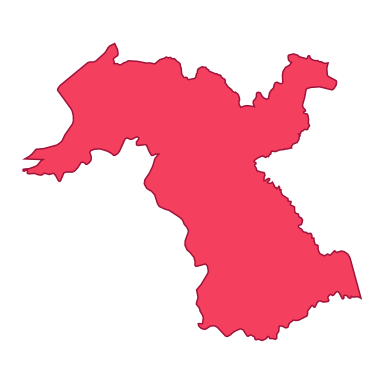 outline of Nova Olinda do Norte, Amazonas, Brazil
{"feature_id": "56859067B30922595397513", "entity_name": "Nova Olinda do Norte", "entity_type": "district", "adm_level": 2, "iso_a3": "BRA", "parent_name": "Brazil", "parent_adm1": "Amazonas", "projection": "albers", "projection_center": [-58.585, -4.027], "detail": "fine", "context": "isolated", "style": "filled", "palette": "rose", "viewbox_px": 384, "rotation_deg": 0, "n_neighbors": 0, "source": "geoboundaries", "source_scale": "gbopen_adm2", "svg_char_len": 5919}
<svg xmlns="http://www.w3.org/2000/svg" viewBox="0 0 384 384"><path d="M24.8,158.9L42.9,159.6L41.1,160.7L37.7,164.9L35.7,166.3L29.1,168.7L23.9,169.1L23.0,169.6L23.2,170.9L24.1,171.3L26.4,170.1L27.4,170.1L27.4,173.4L28.7,173.8L34.5,173.4L38.5,174.8L40.9,175.1L42.0,174.9L43.9,173.4L45.3,173.4L49.2,174.5L53.2,173.4L54.4,173.9L56.2,176.5L58.6,181.0L59.8,181.4L60.6,180.6L63.9,172.8L66.4,172.0L72.2,172.1L74.5,171.1L77.7,167.8L80.8,162.8L82.2,162.1L84.5,162.8L85.9,164.3L86.9,164.3L89.1,162.8L90.8,160.6L91.3,158.6L91.0,155.7L89.7,152.4L90.7,150.6L94.6,149.2L100.2,148.9L107.3,151.1L111.5,153.4L113.6,155.3L115.1,155.3L117.6,153.6L119.4,151.4L125.0,139.1L126.9,137.8L130.0,139.2L131.3,139.3L132.7,138.9L136.0,137.1L137.3,136.9L138.5,137.6L138.7,139.1L136.4,142.0L136.5,144.8L137.4,145.4L138.8,145.4L145.1,144.6L146.5,145.1L149.2,151.5L151.4,155.3L152.4,155.5L156.0,154.1L158.7,154.1L155.0,158.5L152.7,166.3L151.0,169.8L149.4,173.1L144.9,179.7L144.3,183.3L144.6,184.6L146.7,188.3L149.8,190.4L151.2,190.9L154.6,194.7L157.6,203.8L159.3,206.5L164.4,208.9L169.2,210.4L179.9,217.4L182.5,219.9L184.3,224.3L187.0,227.4L188.4,230.5L188.3,232.2L185.2,240.7L185.0,245.3L187.2,250.0L190.0,252.4L193.8,257.1L195.1,261.4L195.0,265.2L195.7,266.2L197.0,266.2L205.3,264.0L206.5,264.8L207.5,266.5L208.3,270.8L207.9,273.2L201.3,284.3L196.6,289.8L198.1,297.6L196.5,302.8L196.4,304.3L199.3,307.9L200.3,311.6L202.3,314.7L203.3,317.4L202.7,323.0L202.0,324.0L199.6,323.5L198.2,323.8L198.8,326.1L201.2,328.3L203.6,329.2L205.6,329.2L210.6,326.0L214.5,325.8L217.4,327.3L225.0,335.5L225.9,336.2L227.4,336.5L230.7,334.7L231.8,333.4L235.1,331.1L240.0,328.9L240.9,329.0L243.1,329.8L247.0,335.9L248.1,336.3L250.1,335.0L251.4,335.2L254.4,336.9L255.2,339.5L256.4,339.8L258.2,339.1L262.1,340.5L265.2,339.2L267.0,337.9L267.5,336.7L268.8,336.5L269.9,338.6L273.0,338.6L275.4,339.4L276.8,338.1L276.7,334.5L278.8,331.2L279.1,326.4L280.1,325.9L282.5,326.3L285.7,327.9L287.8,327.4L289.3,323.3L292.9,320.5L293.9,320.1L296.0,320.5L298.8,320.1L306.9,316.0L307.5,314.5L307.6,311.0L311.6,305.7L312.4,305.4L313.9,307.1L315.0,307.1L317.2,302.6L318.8,301.1L319.9,300.8L323.4,302.1L328.0,301.5L328.9,300.5L327.8,297.9L328.0,296.9L329.3,295.2L330.7,294.4L332.5,295.5L333.6,295.1L336.3,291.9L337.3,291.6L338.6,292.2L339.4,293.2L342.2,298.7L343.2,298.8L344.0,297.9L343.6,296.4L344.2,295.5L345.1,295.4L347.1,295.7L348.1,297.3L349.5,298.2L350.8,298.0L351.1,296.3L353.2,297.1L358.1,296.7L361.0,298.3L350.0,257.9L347.8,254.1L344.3,251.7L341.3,251.0L336.6,252.5L334.5,250.7L330.2,255.3L327.6,254.0L324.5,255.9L320.0,253.8L318.7,251.3L318.1,249.0L318.0,245.6L317.2,245.0L316.0,244.9L314.9,243.9L314.0,240.2L313.9,238.1L311.9,238.1L312.0,235.9L311.4,234.1L310.8,233.4L309.8,233.3L307.8,233.7L306.6,232.5L303.9,232.0L303.0,231.5L301.9,229.5L298.8,227.4L298.4,226.4L298.7,225.3L301.0,224.8L301.7,223.8L302.6,220.0L301.4,218.0L299.4,217.0L298.7,216.1L298.6,214.8L297.9,213.8L295.9,213.3L295.3,212.6L294.7,211.5L294.5,206.9L290.6,205.0L290.3,203.9L290.9,203.0L291.0,201.5L288.1,201.1L288.0,198.7L282.4,195.1L280.9,192.0L281.0,189.8L279.8,190.0L279.6,187.3L278.9,186.3L277.7,188.1L276.6,188.7L276.1,187.5L274.4,186.9L274.3,185.6L272.4,182.1L270.7,183.4L268.1,183.1L267.4,182.5L267.9,181.5L269.5,180.2L269.7,178.8L268.7,178.4L266.4,179.5L265.4,180.6L263.9,180.6L264.2,176.6L264.9,175.6L264.6,173.5L264.0,172.6L260.8,172.0L256.8,170.6L256.1,167.9L254.7,166.0L254.8,164.4L256.0,163.8L255.8,162.7L254.0,161.6L254.3,160.5L257.2,158.3L261.7,156.1L262.6,156.0L265.8,157.4L266.6,156.4L268.5,156.7L269.6,154.6L270.7,154.1L271.1,152.2L271.9,151.2L275.6,151.6L279.4,150.0L284.3,149.5L285.0,148.7L286.2,149.1L291.7,147.9L291.3,146.7L293.0,144.1L297.2,142.5L299.1,138.9L299.0,137.0L300.1,135.8L298.5,134.2L299.3,133.8L300.5,133.9L301.1,131.5L302.8,130.9L304.0,129.9L305.1,129.3L306.6,129.7L307.7,129.4L308.3,127.3L309.3,126.4L309.5,125.4L308.3,123.2L308.6,119.2L307.8,115.1L307.3,114.1L304.0,113.2L303.5,112.1L304.2,111.4L305.5,111.0L305.3,109.9L303.0,107.5L302.7,106.1L302.6,104.7L304.7,97.3L306.1,89.5L306.9,88.6L310.9,87.4L319.6,86.8L332.2,89.9L333.8,88.8L336.1,85.2L336.6,81.9L336.1,80.6L329.3,77.0L327.8,75.9L327.3,74.9L326.8,68.2L328.1,62.9L325.1,63.4L323.7,63.2L321.2,61.7L319.5,61.8L317.9,60.6L314.8,60.6L313.4,60.2L311.3,59.1L310.3,58.0L309.5,55.8L308.3,55.8L307.6,56.9L307.5,58.1L306.4,58.7L300.2,57.0L298.9,56.5L298.0,55.3L293.5,53.9L289.0,55.0L288.3,55.5L288.1,56.9L288.5,59.9L289.8,61.6L291.7,62.4L289.4,65.2L285.5,67.5L283.1,71.3L282.4,75.2L282.8,82.5L282.2,83.4L280.3,83.7L277.0,82.2L275.3,82.7L274.2,84.6L273.4,88.1L270.7,90.8L269.5,93.0L268.5,98.2L266.6,99.3L263.4,97.7L261.5,95.3L260.4,92.9L258.7,92.3L257.2,92.5L256.5,93.5L256.3,97.0L255.0,99.3L253.3,101.0L253.2,103.6L254.5,106.6L247.8,105.7L245.2,105.8L240.8,107.3L239.2,104.8L238.9,102.3L239.6,99.8L239.4,97.8L238.3,94.7L237.5,93.8L235.5,92.2L234.4,92.4L232.3,91.1L231.7,89.8L227.3,86.1L226.7,84.7L224.8,82.3L225.4,81.4L225.2,80.2L224.6,79.1L222.8,78.3L221.1,76.6L220.8,75.5L219.9,74.9L218.8,75.1L216.9,73.8L215.8,73.9L209.3,71.3L208.4,69.7L207.2,69.2L205.7,67.2L203.4,67.3L202.5,66.7L201.7,66.9L198.2,68.9L197.5,70.4L197.3,73.0L196.4,74.0L195.8,77.1L194.7,78.4L188.4,79.7L187.6,79.2L187.4,78.0L186.2,77.2L184.9,77.6L183.7,77.3L181.7,74.0L181.2,68.0L180.3,66.0L180.2,64.1L179.4,63.0L176.8,61.1L175.0,59.1L173.8,58.6L172.2,58.8L170.5,57.4L168.3,57.8L166.1,57.0L164.9,58.0L159.8,59.7L154.7,63.9L150.1,62.9L146.4,63.1L137.3,61.3L128.1,60.8L126.3,62.1L123.8,62.8L120.8,64.8L119.8,65.0L117.3,63.7L114.0,63.6L114.3,62.6L113.3,59.1L114.0,58.1L117.4,55.7L118.0,54.7L118.0,53.3L117.5,49.6L114.7,43.5L109.8,45.9L108.0,47.8L105.8,51.7L104.3,53.4L95.9,61.0L93.6,62.0L89.7,62.0L87.6,62.8L60.3,85.3L58.3,87.9L57.6,89.3L57.7,90.4L70.5,108.0L72.2,111.0L73.3,115.7L73.4,120.6L72.7,123.7L64.9,134.9L62.1,140.9L59.5,143.3L56.7,145.1L43.7,148.6L36.0,149.3L32.2,153.9L28.9,156.6L24.8,158.9Z" fill="#f43f5e" stroke="#9f1239" stroke-width="1.5"/></svg>